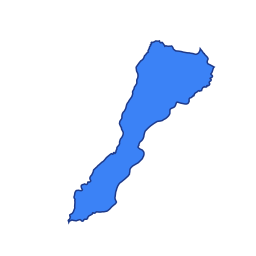 Bagre, Pará, Brazil (Natural Earth projection), rotated 49°
{"feature_id": "56859067B6820333786751", "entity_name": "Bagre", "entity_type": "district", "adm_level": 2, "iso_a3": "BRA", "parent_name": "Brazil", "parent_adm1": "Pará", "projection": "natural_earth1", "projection_center": [-50.178, -2.484], "detail": "fine", "context": "isolated", "style": "filled", "palette": "blue", "viewbox_px": 256, "rotation_deg": 49, "n_neighbors": 0, "source": "geoboundaries", "source_scale": "gbopen_adm2", "svg_char_len": 5851}
<svg xmlns="http://www.w3.org/2000/svg" viewBox="0 0 256 256"><g transform="rotate(49 128 128)"><path d="M121.9,21.6L121.6,21.9L119.7,21.8L118.9,21.6L116.7,21.6L115.6,21.5L116.4,22.4L117.0,23.4L117.6,25.1L117.7,26.0L117.6,26.6L117.2,28.0L116.9,28.5L115.3,29.6L114.6,30.0L114.0,30.5L112.5,31.8L111.6,32.4L110.3,33.8L108.1,35.6L107.0,36.5L106.2,37.0L105.8,37.3L105.4,37.5L103.4,39.2L101.4,41.1L100.8,41.5L98.7,41.9L97.9,41.9L96.8,41.4L95.3,41.2L94.7,41.3L94.2,42.2L93.6,42.8L93.0,43.8L92.5,44.1L92.2,44.5L91.6,45.0L91.2,45.2L90.7,45.8L90.5,46.6L89.7,46.2L88.5,46.3L87.7,46.1L86.0,46.0L85.6,46.2L85.4,47.2L85.0,47.5L84.2,47.6L83.2,47.2L82.8,47.2L82.7,47.7L82.4,48.2L82.0,48.5L81.4,49.2L80.6,49.8L80.4,50.3L80.3,51.2L79.8,52.9L79.5,53.3L78.8,53.9L78.9,54.6L79.5,54.7L79.9,55.2L79.8,55.8L79.8,56.4L80.3,56.8L80.7,56.9L80.8,57.9L80.9,58.4L81.3,59.1L82.0,59.7L82.0,60.2L82.5,61.4L82.7,61.8L82.9,62.2L83.5,62.7L84.0,62.9L84.0,63.7L83.8,64.7L83.9,65.3L84.2,66.0L84.3,66.5L84.3,67.7L84.4,68.3L85.0,69.3L85.3,69.8L85.6,70.5L85.9,71.7L85.9,73.7L85.7,74.4L85.9,75.1L86.0,76.2L86.2,76.7L86.2,77.1L86.5,78.1L86.6,78.8L86.8,79.4L87.2,81.1L87.3,81.6L87.8,82.3L89.5,83.4L90.5,84.1L91.7,84.5L92.1,84.5L93.7,85.1L95.2,86.2L95.6,86.6L96.6,87.8L97.1,89.0L97.5,89.8L98.1,90.4L99.7,91.7L100.3,92.5L100.4,93.1L101.0,94.8L101.2,96.1L101.6,96.7L102.6,98.1L103.3,100.2L103.6,100.7L104.0,101.1L105.2,101.9L105.9,102.9L106.6,104.1L107.0,105.0L107.3,106.3L107.9,108.8L108.6,110.8L108.9,112.3L109.5,113.7L111.5,116.5L112.2,117.8L112.4,118.6L112.8,119.5L113.0,121.5L113.3,122.3L113.7,123.1L114.1,123.7L115.2,125.0L115.9,125.5L116.8,126.6L117.6,129.7L118.3,130.6L118.9,131.4L119.4,131.7L121.5,132.4L122.0,132.5L122.5,132.6L123.2,132.8L123.6,132.8L124.1,133.3L124.6,133.6L127.3,134.2L128.5,134.7L129.0,135.2L129.7,136.0L130.4,137.3L130.7,137.9L131.1,139.3L131.4,140.9L131.7,141.5L132.8,143.3L133.3,143.8L134.3,144.6L134.6,145.1L135.0,146.3L135.3,148.6L135.6,149.3L135.9,149.7L136.7,150.3L136.8,150.9L137.2,151.7L138.1,152.9L138.4,153.3L138.6,154.5L137.3,154.6L137.2,155.2L137.6,155.7L137.8,156.2L137.5,156.9L136.7,157.1L136.4,157.6L136.3,158.9L136.2,162.3L136.2,163.8L136.5,165.3L136.8,167.0L136.9,168.1L136.9,169.0L136.7,169.7L136.7,171.1L136.7,172.5L136.8,173.4L136.7,175.2L137.0,177.6L136.9,178.2L137.0,179.0L137.0,179.9L137.1,181.4L137.3,181.8L137.9,182.5L138.5,183.5L139.4,185.6L139.7,186.4L139.8,187.6L140.0,188.3L140.3,188.9L140.6,189.4L141.4,190.1L143.2,190.6L143.6,191.0L143.7,191.6L143.5,192.8L143.2,193.1L142.6,193.4L142.5,193.9L143.2,194.7L143.5,195.2L143.5,195.9L143.4,196.4L142.8,196.9L141.7,197.5L141.4,198.5L140.8,199.7L140.7,200.8L141.2,201.5L141.7,201.9L142.3,202.2L143.3,202.6L144.7,202.9L144.9,203.5L144.7,204.3L144.4,204.7L143.6,205.4L142.5,206.2L142.1,206.8L141.3,208.0L141.4,209.1L142.1,210.6L143.7,212.5L144.7,214.1L145.8,214.6L147.0,214.7L147.8,215.7L149.3,216.8L150.8,218.3L152.2,219.7L153.5,220.7L154.4,222.4L155.4,224.2L155.9,226.2L155.5,227.9L155.4,229.0L156.3,229.7L157.1,229.7L157.5,230.1L157.7,230.6L158.5,231.7L158.4,233.3L158.6,233.8L159.0,234.0L159.6,234.1L160.3,234.5L159.8,233.4L160.1,232.5L160.4,231.8L160.5,231.0L161.4,230.1L162.0,229.8L162.5,229.3L163.6,228.4L164.1,227.9L164.5,226.8L165.2,225.1L165.7,224.3L166.5,224.0L167.7,224.0L168.6,223.3L168.7,222.6L168.3,221.7L168.4,220.7L169.6,219.2L169.8,218.3L169.5,217.5L169.1,217.3L169.0,216.7L168.8,216.0L168.7,215.0L169.1,213.6L169.5,211.4L168.9,210.6L168.9,210.1L169.4,209.7L170.0,209.6L170.5,208.7L170.6,208.2L170.5,206.9L172.0,205.4L172.5,205.0L173.0,204.3L173.8,203.4L174.0,202.8L175.5,201.0L176.8,198.7L177.0,198.1L177.1,197.7L177.1,196.3L177.2,195.6L177.1,194.3L177.0,193.7L176.8,192.0L176.8,189.2L176.9,188.3L176.9,187.4L176.8,186.6L176.3,185.3L174.2,184.7L173.3,184.4L172.5,183.9L171.8,183.4L171.5,182.9L170.8,182.1L168.5,179.6L168.0,178.9L167.3,177.6L166.3,176.2L165.0,173.7L164.5,172.1L164.2,171.1L164.1,169.8L164.3,168.1L164.3,166.9L164.4,163.3L164.3,159.5L164.0,158.2L163.7,157.1L163.1,156.6L162.4,155.6L160.7,153.9L160.3,153.2L159.8,151.7L159.8,150.8L159.7,149.6L159.9,148.3L160.6,144.6L160.9,143.3L160.9,142.2L160.6,137.7L160.4,137.0L159.8,135.8L159.5,134.9L158.6,133.5L157.3,132.3L156.2,131.8L154.3,131.7L153.7,131.8L152.1,132.6L151.5,132.8L149.8,133.1L149.0,133.0L148.4,132.2L148.3,131.2L148.0,130.9L147.5,130.6L146.5,128.5L146.4,127.3L146.5,126.7L146.5,126.2L146.3,124.8L146.1,124.3L145.9,123.6L145.0,121.9L143.6,120.3L142.2,118.2L141.8,117.4L141.5,116.5L141.5,115.6L141.3,113.7L141.2,111.4L141.2,109.4L141.6,105.2L141.9,103.5L142.1,102.3L142.2,101.7L142.8,100.7L144.0,98.9L144.6,97.7L144.9,97.1L145.0,95.6L145.5,93.6L145.6,92.7L145.6,91.1L145.5,90.1L145.4,89.2L144.7,87.2L144.4,86.8L143.1,85.6L142.6,85.2L141.7,84.2L141.5,83.7L141.6,82.5L142.2,80.7L142.5,79.8L142.5,78.6L142.1,77.4L141.1,75.7L140.8,75.1L140.6,74.6L140.7,73.9L141.8,73.1L142.2,72.9L143.1,72.3L143.8,71.9L147.4,69.1L148.2,68.2L148.4,67.7L148.7,67.0L148.7,66.1L148.0,64.4L146.2,62.9L146.1,62.4L145.9,61.9L146.1,61.3L146.4,60.6L146.5,60.1L146.4,59.7L146.6,59.2L146.6,58.7L146.4,58.3L146.6,57.7L146.9,57.4L146.8,57.0L146.4,56.9L146.5,56.4L146.1,55.7L145.7,55.1L145.8,54.6L145.7,53.8L146.0,52.9L146.1,50.5L146.4,49.9L147.0,49.9L148.0,47.9L147.3,47.0L147.0,46.1L146.8,45.7L146.6,45.0L146.8,43.9L146.9,43.3L147.5,43.2L148.5,41.8L148.5,41.3L147.9,40.9L147.9,40.3L148.6,39.9L148.8,39.4L148.9,38.7L148.8,38.2L148.6,37.7L148.2,37.3L147.3,37.2L146.8,36.7L146.5,36.0L146.5,35.6L146.7,34.8L146.6,34.2L146.2,33.6L145.8,33.4L145.2,33.6L144.6,33.6L144.3,33.0L144.8,31.7L144.7,30.9L144.4,30.3L143.8,30.0L143.0,30.0L142.5,30.2L141.7,30.1L141.4,29.8L141.3,28.7L140.7,27.4L139.0,24.7L138.5,23.6L138.5,23.0L134.2,24.6L132.2,25.5L131.3,25.4L130.8,25.3L130.1,24.9L129.7,24.5L129.3,23.9L129.0,23.5L128.6,22.5L128.0,22.0L126.8,21.7L125.6,21.7L122.8,21.9L122.4,21.8L121.9,21.6Z" fill="#3b82f6" stroke="#1e3a8a" stroke-width="1.5"/></g></svg>